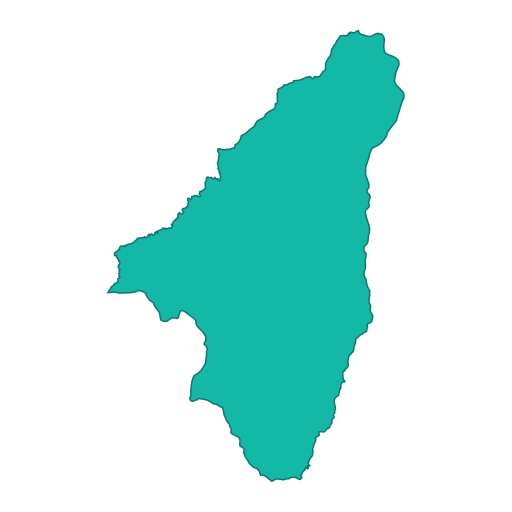 Támesis, Antioquia, Colombia
{"feature_id": "7082276B51026070835233", "entity_name": "Támesis", "entity_type": "district", "adm_level": 2, "iso_a3": "COL", "parent_name": "Colombia", "parent_adm1": "Antioquia", "projection": "orthographic", "projection_center": [-75.723, 5.674], "detail": "fine", "context": "isolated", "style": "filled", "palette": "teal", "viewbox_px": 512, "rotation_deg": 0, "n_neighbors": 0, "source": "geoboundaries", "source_scale": "gbopen_adm2", "svg_char_len": 6054}
<svg xmlns="http://www.w3.org/2000/svg" viewBox="0 0 512 512"><path d="M403.6,98.9L404.0,96.2L403.5,92.6L396.7,85.4L394.9,82.6L394.4,80.7L395.9,72.3L398.9,65.1L398.9,62.0L398.4,60.7L396.6,58.5L392.7,56.3L386.6,54.0L384.6,51.8L384.1,50.3L383.7,45.9L384.4,40.1L383.9,37.3L382.1,34.4L378.3,33.4L376.2,33.6L372.6,35.6L370.7,36.4L368.6,36.5L361.0,34.3L359.0,32.7L358.5,30.7L356.5,31.2L355.1,32.5L352.6,32.9L351.7,32.3L350.3,32.2L349.9,32.6L350.1,33.3L348.6,33.3L348.2,34.7L346.1,35.8L342.5,35.5L340.5,35.9L339.7,36.5L339.1,37.9L336.9,40.8L335.5,43.7L333.5,46.0L333.2,47.3L331.7,49.0L330.8,54.5L326.1,61.9L325.6,64.0L325.5,69.1L325.0,70.3L323.1,71.4L319.8,76.3L318.2,76.9L314.5,76.6L313.0,78.5L311.7,78.3L310.4,76.7L307.2,77.0L299.9,80.1L293.6,80.8L293.3,81.2L293.2,82.4L292.7,82.8L290.1,83.0L286.3,85.0L284.3,84.9L283.5,85.2L283.2,86.3L281.8,87.4L278.5,88.9L278.0,89.5L278.2,91.9L277.2,93.2L277.0,94.3L277.4,96.0L277.2,98.8L277.6,101.5L277.1,103.1L275.3,103.9L275.3,106.7L274.5,108.4L273.6,109.3L269.7,111.1L265.4,114.3L265.0,116.3L264.5,117.0L262.4,118.4L258.3,120.3L256.7,121.6L253.8,126.9L251.2,128.6L245.2,133.8L241.4,135.6L240.2,139.5L238.7,142.3L236.8,143.9L235.2,144.6L234.6,147.9L232.4,148.2L229.6,149.3L226.8,149.3L224.2,149.8L222.1,149.7L219.2,148.6L217.9,149.0L217.6,151.1L219.1,153.4L219.4,155.6L218.9,155.9L218.5,157.7L218.3,161.8L217.4,162.7L218.4,166.3L217.9,168.4L219.1,170.5L219.2,172.7L220.2,173.3L219.9,174.2L220.5,176.1L220.4,177.6L219.6,180.7L218.0,180.4L217.9,178.7L216.1,179.0L214.9,177.4L213.4,179.1L212.8,179.3L211.5,177.5L209.7,177.7L207.7,177.0L206.9,177.4L206.4,178.3L206.3,180.9L205.4,181.9L205.1,182.8L205.2,185.5L205.8,187.8L204.1,189.5L201.5,191.2L199.9,191.5L199.3,194.3L200.3,195.5L200.3,196.2L198.8,197.0L197.1,195.6L194.7,195.6L191.7,196.8L191.6,198.6L190.9,199.4L189.3,198.4L187.9,198.4L187.6,200.0L188.6,201.9L188.0,203.5L187.7,206.0L186.3,207.1L185.8,208.1L183.8,208.4L182.3,209.1L182.1,209.8L183.7,211.9L182.5,213.2L182.2,214.1L181.2,214.2L179.4,212.7L178.1,213.8L177.8,217.4L173.2,221.9L172.6,224.1L171.4,224.2L171.5,224.9L172.5,225.3L172.5,225.6L171.4,227.7L171.4,228.4L169.3,227.9L166.8,228.9L165.3,228.1L164.6,229.2L163.1,228.0L161.8,229.4L157.4,231.2L158.0,232.5L157.8,233.1L157.1,233.0L156.4,231.7L156.1,231.7L155.9,232.8L155.1,232.7L154.1,235.2L152.8,235.1L151.7,233.9L149.7,235.2L149.5,234.5L149.0,234.3L148.0,235.4L147.9,236.5L146.2,237.6L145.7,237.7L144.5,236.8L142.9,237.8L138.1,238.1L137.1,238.8L136.4,240.0L135.5,240.4L133.4,242.6L130.0,244.1L128.1,244.2L126.4,245.2L125.1,245.3L124.6,246.5L123.9,246.0L120.8,246.1L119.6,247.6L119.6,249.1L118.7,249.3L117.8,250.7L115.8,252.0L114.5,253.2L114.5,255.5L116.4,255.6L116.5,256.9L118.7,260.1L118.7,261.1L119.8,261.9L119.8,263.7L118.9,264.5L118.2,266.1L118.6,268.2L120.1,269.8L119.1,270.7L119.5,272.8L118.8,273.7L119.5,275.0L118.9,276.5L120.0,277.0L119.4,278.1L117.8,278.8L118.1,280.2L117.6,282.2L116.8,282.4L115.9,283.4L114.9,283.3L113.3,285.5L111.0,287.2L110.8,288.7L109.0,290.4L108.0,292.7L114.4,292.0L119.3,293.1L131.6,292.6L135.0,291.9L138.7,290.6L140.3,290.7L143.9,292.0L145.6,293.3L146.8,296.2L148.6,299.0L150.2,300.6L153.3,302.7L154.0,304.8L155.4,307.2L159.4,312.5L160.7,319.7L161.3,320.3L163.7,321.4L166.9,321.3L171.7,317.9L174.6,317.8L176.5,318.4L177.5,318.3L178.3,317.7L179.8,312.1L180.4,311.1L181.4,310.6L183.2,310.8L184.9,311.7L194.7,318.9L195.9,320.8L196.0,323.4L197.0,325.9L201.0,330.3L203.1,332.1L205.6,336.5L206.0,337.5L205.7,340.7L204.4,342.8L204.1,344.2L206.2,346.1L207.4,349.6L206.6,351.9L206.5,355.8L205.5,363.2L204.6,365.0L201.2,370.4L198.1,373.3L194.2,375.5L193.0,378.0L191.8,382.1L190.8,390.5L190.9,396.3L189.8,397.8L190.2,399.8L191.3,401.0L192.7,401.3L197.1,399.7L198.2,398.5L204.1,399.3L208.3,400.4L213.5,403.8L216.7,404.3L220.2,406.8L222.1,407.2L223.2,409.4L224.0,414.5L226.9,421.2L229.4,424.3L229.9,426.9L231.4,428.7L230.9,432.6L232.3,434.0L237.6,436.7L239.1,437.8L240.0,439.6L239.8,445.5L240.6,446.5L242.7,447.5L244.0,448.9L244.2,450.5L243.6,452.4L245.4,457.0L248.7,461.9L249.4,463.6L253.6,467.3L256.9,468.5L259.4,471.4L260.6,475.2L263.5,475.2L266.0,476.6L271.9,481.3L275.5,479.2L277.1,478.9L283.7,479.8L285.8,479.0L289.1,478.7L290.8,477.3L291.9,477.6L292.7,477.1L296.6,477.7L297.0,478.3L299.6,479.4L300.4,479.4L301.6,478.1L301.7,476.6L300.9,476.0L300.7,475.3L301.9,474.1L302.1,473.0L303.1,471.5L304.9,469.9L305.7,467.3L306.3,467.2L307.1,468.6L307.6,468.7L308.2,468.2L307.8,465.9L309.1,466.2L309.8,465.8L308.2,463.6L309.0,460.6L311.1,457.2L312.4,455.7L313.0,451.8L312.7,449.9L312.9,447.6L314.6,442.9L315.6,441.3L315.8,437.2L319.1,435.5L319.0,431.9L320.7,431.6L324.0,432.0L325.5,430.8L327.0,428.5L328.6,428.3L329.5,427.6L330.1,425.5L331.9,422.9L332.0,419.6L334.0,417.7L334.1,417.0L333.3,414.7L334.8,412.5L334.8,410.4L335.5,408.5L334.2,401.9L334.7,398.5L337.0,396.3L338.4,395.5L339.5,390.4L341.0,387.7L340.7,385.0L341.7,382.8L343.0,381.9L344.4,382.0L344.8,381.5L344.7,380.6L343.6,380.0L343.2,379.3L342.7,373.1L343.3,371.6L345.1,370.3L345.5,368.9L347.4,367.6L348.3,364.9L347.9,362.0L348.4,357.8L349.4,355.1L350.7,354.5L351.6,352.7L352.6,352.3L353.3,351.4L354.4,345.3L355.4,343.2L355.8,339.1L360.3,335.0L362.9,333.7L363.7,332.5L365.6,332.0L366.7,331.1L366.9,328.7L367.6,327.2L367.1,325.2L367.4,324.4L368.5,323.3L370.8,322.5L372.1,320.5L372.9,315.9L370.4,311.5L370.1,309.0L370.8,307.0L370.2,305.8L370.2,304.6L368.9,302.2L369.2,297.4L369.9,295.3L369.4,293.2L369.8,291.0L367.4,286.5L366.0,280.8L366.0,279.0L365.2,278.3L363.9,274.7L364.1,271.8L364.9,270.0L365.5,266.6L365.2,260.7L366.2,254.2L366.0,253.5L364.1,251.1L363.9,248.1L364.2,246.7L366.9,243.9L367.9,241.6L368.5,234.9L369.2,233.2L369.6,230.3L369.2,226.1L366.4,217.5L365.2,212.0L365.8,210.3L368.9,207.0L369.2,205.3L368.7,202.6L368.9,201.0L370.2,197.0L369.6,194.9L367.6,193.0L367.0,191.3L367.3,189.7L368.8,187.7L369.1,186.3L368.7,183.6L365.6,174.5L365.7,167.1L368.9,157.4L369.7,153.4L371.6,149.3L373.2,147.6L377.8,145.4L381.0,143.1L384.4,139.2L386.7,135.9L387.6,132.3L388.2,131.1L396.2,120.9L401.5,103.4L402.7,100.1L403.6,98.9Z" fill="#14b8a6" stroke="#0f766e" stroke-width="1.5"/></svg>